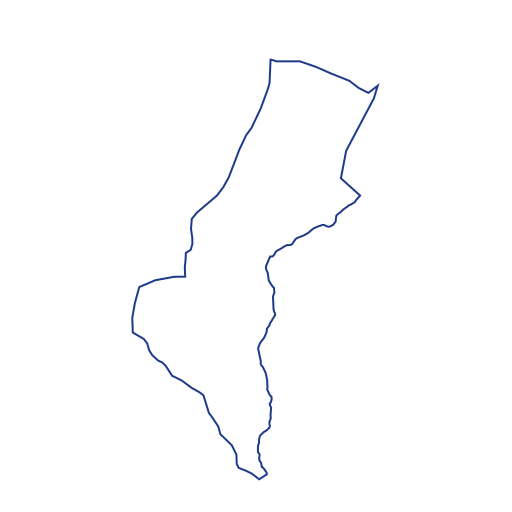 the district of Ag Geneina, Western Darfur, Sudan, rotated 203°
{"feature_id": "16777658B14333470072302", "entity_name": "Ag Geneina", "entity_type": "district", "adm_level": 2, "iso_a3": "SDN", "parent_name": "Sudan", "parent_adm1": "Western Darfur", "projection": "equal_earth", "projection_center": [22.252, 13.37], "detail": "fine", "context": "isolated", "style": "outline", "palette": "blue", "viewbox_px": 512, "rotation_deg": 203, "n_neighbors": 0, "source": "geoboundaries", "source_scale": "gbopen_adm2", "svg_char_len": 3115}
<svg xmlns="http://www.w3.org/2000/svg" viewBox="0 0 512 512"><g transform="rotate(203 256 256)"><path d="M339.5,137.4L326.9,135.8L322.1,133.1L317.4,127.4L312.8,124.2L305.1,121.5L300.8,121.4L296.2,119.6L286.5,113.0L275.9,112.4L263.4,109.4L255.0,108.5L250.0,107.3L238.0,93.1L234.0,90.8L224.2,84.4L219.1,78.0L211.4,75.1L204.3,72.3L196.4,65.5L192.5,57.1L189.2,54.2L181.3,54.4L175.0,54.1L166.6,51.9L165.8,51.7L165.1,52.8L164.6,53.5L160.7,59.3L161.4,60.4L162.2,61.2L162.9,61.6L163.1,61.7L163.3,61.8L164.0,62.3L164.2,62.5L165.0,62.9L166.4,63.7L166.9,63.9L168.0,64.1L168.1,64.3L168.3,64.3L169.5,66.1L170.6,67.7L170.8,67.8L171.3,68.0L171.5,68.2L173.1,69.3L174.3,71.6L174.9,74.2L175.3,74.9L175.7,75.1L177.3,76.1L177.5,76.2L178.7,78.8L179.7,81.3L180.1,83.1L180.2,85.0L180.8,86.6L181.6,88.9L182.1,91.9L181.3,94.2L179.9,97.2L178.2,99.5L176.6,103.2L176.8,105.0L178.2,106.8L178.9,109.4L178.9,111.4L179.2,112.8L180.1,114.4L180.9,116.5L181.8,119.3L182.8,122.3L184.3,123.6L185.7,125.3L185.2,127.1L185.5,129.9L186.7,132.4L188.7,133.3L188.8,133.3L190.7,134.9L193.4,137.4L194.4,140.2L197.2,146.0L199.0,148.7L201.1,151.7L202.6,153.3L204.9,155.2L206.0,156.3L208.2,157.4L209.4,158.4L210.1,160.0L210.5,161.0L210.9,161.7L211.8,163.0L213.5,165.2L214.5,166.8L218.0,171.8L218.0,172.0L218.2,174.7L218.2,177.7L217.5,180.3L216.6,183.9L216.5,186.9L216.6,190.5L217.5,193.2L217.5,193.4L217.2,195.0L216.6,197.1L216.8,199.4L216.1,203.5L216.1,204.2L215.3,209.2L216.1,210.6L217.5,211.8L218.9,213.6L220.8,217.5L221.9,219.8L223.3,222.8L224.2,224.5L224.7,226.7L224.8,229.6L225.4,230.7L226.0,231.8L226.1,232.0L226.2,232.3L226.3,232.4L226.9,233.6L228.4,234.3L229.7,235.0L230.8,235.7L231.7,236.3L232.1,236.6L232.5,236.8L233.9,237.9L235.3,239.3L236.5,241.6L237.3,243.0L238.5,244.9L240.0,246.3L240.4,246.7L242.1,248.6L242.7,250.4L242.8,250.9L242.8,253.2L242.8,255.5L242.8,257.5L242.8,259.5L242.8,261.0L241.3,261.7L240.4,262.4L239.9,264.0L239.7,265.1L239.6,265.5L239.5,266.4L239.4,268.1L235.8,272.7L233.6,276.0L231.5,278.3L228.8,279.4L227.4,281.0L226.2,287.0L225.2,288.6L223.3,290.5L222.3,291.4L220.2,293.5L218.6,295.5L216.8,297.9L215.5,300.7L214.1,303.4L212.0,305.9L209.8,308.0L207.0,310.5L205.5,311.2L204.0,311.1L202.2,311.0L200.7,311.2L198.8,312.6L198.3,313.4L197.8,314.0L197.1,314.9L196.7,316.6L196.1,318.8L197.0,321.4L197.8,324.6L197.1,326.4L195.2,329.6L194.1,332.2L193.8,332.9L193.0,334.3L191.5,336.6L191.3,337.0L190.6,338.6L189.7,339.5L188.7,340.5L188.1,341.4L187.3,342.5L187.0,343.0L186.1,344.2L185.8,346.2L185.6,346.9L185.0,348.7L184.4,350.4L183.8,352.3L208.2,360.7L214.1,388.1L209.1,447.2L210.5,460.3L216.3,450.1L227.1,450.8L238.4,453.7L258.0,453.3L274.8,453.5L291.8,452.3L313.7,443.0L313.9,443.0L315.0,443.1L316.7,442.9L319.3,442.4L311.3,421.0L310.7,417.6L310.3,413.6L309.3,393.7L310.2,372.1L312.3,363.2L312.9,347.5L311.8,318.0L313.0,306.6L315.5,296.6L316.0,295.5L327.3,272.9L329.6,265.1L326.4,255.5L321.9,248.1L319.3,242.4L318.5,236.2L321.8,231.4L319.6,225.7L317.1,217.7L313.1,209.3L323.2,204.9L327.6,202.0L331.2,199.6L339.3,194.3L351.3,181.8L351.0,179.4L349.1,165.4L345.7,150.7L339.5,137.4Z" fill="none" stroke="#1e3a8a" stroke-width="2"/></g></svg>